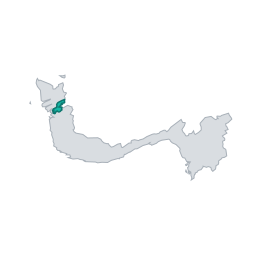 location of Long An within Vietnam, rotated 110°
{"feature_id": "VNM-503", "entity_name": "Long An", "entity_type": "Province", "adm_level": 1, "iso_a3": "VNM", "parent_name": "Vietnam", "parent_adm1": "", "projection": "orthographic", "projection_center": [106.273, 10.719], "detail": "medium", "context": "in_parent", "style": "filled", "palette": "teal", "viewbox_px": 256, "rotation_deg": 110, "n_neighbors": 0, "source": "natural_earth", "source_scale": "10m", "svg_char_len": 5216}
<svg xmlns="http://www.w3.org/2000/svg" viewBox="0 0 256 256"><g transform="rotate(110 128 128)"><path d="M155.2,50.8L153.1,50.9L150.9,52.7L147.9,53.9L147.2,57.0L144.8,58.5L143.6,57.8L141.1,58.5L138.5,57.8L139.4,61.4L136.8,64.3L137.1,66.2L136.3,67.6L131.7,71.7L130.4,71.7L129.3,72.4L127.1,77.2L126.8,81.3L125.8,83.6L124.8,84.6L124.5,85.8L128.0,92.2L130.4,94.8L132.7,96.1L136.1,99.9L135.6,100.9L135.9,103.1L134.2,102.4L134.4,102.7L136.4,103.9L139.3,107.9L144.4,112.3L145.3,114.4L150.2,118.0L150.1,118.4L153.6,121.3L154.0,122.4L156.7,122.3L159.1,125.6L159.9,125.6L160.1,127.0L164.1,132.6L167.4,135.4L169.1,140.7L171.1,144.6L171.1,146.9L174.2,156.6L174.0,157.8L173.4,156.6L173.5,160.3L174.0,162.2L173.9,164.6L176.0,169.1L176.3,174.1L174.8,172.0L173.2,173.4L174.4,177.0L173.1,176.7L173.3,181.4L173.9,183.1L173.7,183.7L173.1,182.5L172.5,184.7L173.1,186.3L172.2,188.0L170.9,188.2L170.3,191.7L168.0,192.1L166.4,193.7L164.3,194.3L160.5,197.4L158.1,198.0L156.8,200.4L154.7,200.7L146.7,205.0L145.8,204.0L144.3,203.6L143.2,201.3L142.4,205.0L141.8,205.2L140.5,204.5L139.4,203.1L137.7,204.1L139.6,204.4L140.1,205.3L139.8,206.4L135.8,206.4L139.4,207.9L140.2,208.9L138.4,210.7L138.4,211.9L137.6,212.5L135.6,211.4L131.3,207.5L136.4,213.1L137.3,215.6L136.0,216.7L134.6,216.8L132.2,215.1L128.4,211.1L127.1,210.5L131.6,216.2L132.2,217.5L131.7,219.0L122.5,223.2L120.0,227.3L117.2,229.7L114.1,230.3L112.4,230.1L114.1,228.0L113.1,227.2L113.5,216.0L114.3,213.1L116.9,211.9L116.9,211.3L116.0,209.6L113.9,208.9L112.9,207.7L111.0,208.1L107.8,204.7L109.7,203.3L113.6,203.1L116.3,200.7L116.0,198.1L116.3,197.8L120.0,198.7L121.3,197.3L126.0,196.7L127.4,198.5L128.5,198.2L130.7,199.4L131.6,199.5L131.2,197.7L131.6,196.1L127.4,192.5L127.4,187.7L128.4,187.5L129.5,186.0L134.9,187.0L135.1,183.4L139.0,182.9L139.8,181.9L142.1,181.6L145.9,178.4L147.5,178.2L148.4,179.0L149.9,177.5L150.6,175.1L149.5,168.2L151.2,162.6L147.5,153.0L147.9,149.6L149.0,148.4L150.2,145.7L150.0,142.6L149.4,141.1L150.4,140.0L151.7,137.2L150.5,135.4L146.7,132.2L145.1,129.7L148.2,127.6L148.2,126.3L141.9,122.0L140.9,119.8L139.4,120.6L138.3,120.1L136.8,117.9L136.2,113.7L135.2,113.0L133.1,110.0L129.6,107.3L125.4,102.8L124.6,101.5L124.0,99.4L122.3,97.0L120.7,96.5L117.8,93.5L117.4,92.3L118.2,90.2L116.2,89.1L112.6,88.0L101.8,81.0L104.1,78.6L103.4,76.3L103.7,75.9L106.7,75.8L111.0,76.8L113.0,74.9L114.0,72.8L115.5,71.3L115.5,70.4L114.5,68.7L112.5,68.7L111.5,66.4L108.2,65.4L110.4,63.9L111.1,62.6L108.1,60.2L104.8,58.5L102.0,59.6L99.7,61.6L98.7,61.8L91.8,59.1L88.7,53.9L90.0,49.8L90.1,48.2L88.7,47.5L88.4,46.5L87.3,48.3L86.3,48.3L85.4,45.1L84.2,44.4L79.7,38.6L81.1,37.4L83.4,34.1L84.2,33.5L88.8,35.8L90.7,37.7L92.7,36.5L92.8,35.8L95.2,33.4L97.3,35.9L99.0,33.3L103.1,36.6L103.7,36.0L104.6,33.7L105.7,33.1L106.6,33.0L107.7,34.3L108.7,34.4L110.7,33.1L112.7,32.8L114.1,31.6L114.6,29.0L115.1,28.5L120.4,25.7L122.5,27.2L123.8,29.4L125.7,30.0L127.6,31.5L129.1,31.3L129.6,30.8L131.5,30.8L133.2,32.4L136.6,31.7L139.7,33.5L138.7,35.4L137.1,36.3L136.7,37.2L136.8,39.4L138.1,40.8L138.2,44.4L139.0,44.1L142.2,45.1L143.4,46.9L144.9,48.0L146.1,48.0L147.1,49.4L148.2,49.0L148.7,49.6L150.9,49.4L152.4,48.8L155.2,50.8ZM102.8,205.0L103.0,207.3L102.2,210.0L101.3,207.1L99.9,205.3L101.8,204.5L102.8,205.0ZM150.4,54.8L148.6,56.5L147.9,56.5L148.8,54.1L150.4,54.8ZM143.0,61.3L142.5,61.3L141.5,60.2L142.0,59.6L143.2,60.0L143.5,60.6L143.0,61.3ZM149.4,58.8L148.7,59.1L147.8,59.1L149.8,57.3L149.4,58.8ZM139.9,58.8L140.7,60.6L139.6,59.7L139.9,58.8ZM145.8,204.3L144.3,205.8L144.2,205.1L145.8,204.3ZM138.4,228.7L137.2,228.7L138.5,227.8L138.4,228.7Z" fill="#d9dde1" stroke="#a8b0b8" stroke-width="1"/><path d="M125.6,196.3L126.0,196.4L126.2,196.6L126.5,197.1L126.9,197.7L127.0,197.9L127.2,198.4L127.3,198.6L127.5,198.8L127.7,199.0L128.0,199.0L128.1,198.9L128.3,198.6L128.4,198.3L128.5,198.0L128.9,198.4L129.0,198.6L129.3,198.9L129.6,199.1L130.0,199.3L130.4,199.4L131.2,199.5L131.5,199.6L131.8,199.9L131.5,198.5L131.1,197.9L131.1,197.6L131.1,197.3L131.1,197.2L131.4,197.0L131.7,197.0L131.8,197.1L132.0,197.1L133.3,196.8L133.4,196.7L133.4,196.4L133.5,196.3L133.9,196.4L134.4,196.9L134.8,197.1L135.4,197.3L135.7,197.5L135.9,197.7L136.2,197.9L136.4,198.2L136.6,198.7L136.6,199.0L136.6,199.4L136.3,199.9L136.2,200.1L136.2,200.3L136.3,200.5L136.6,200.7L137.2,201.0L137.8,201.2L137.9,201.3L138.1,201.5L138.4,201.7L138.6,201.6L138.8,201.4L139.0,201.4L139.1,201.5L139.3,201.6L139.5,201.7L139.6,201.9L139.6,202.2L139.5,202.6L139.6,202.8L139.6,203.0L139.5,203.3L139.3,203.4L138.8,203.5L138.6,203.5L138.5,203.3L138.4,203.3L138.4,203.5L138.5,203.6L138.4,203.7L138.3,203.8L138.1,203.9L138.0,204.2L137.9,204.2L137.7,204.3L137.6,204.2L137.4,203.9L137.4,204.2L137.4,204.4L137.6,204.5L137.8,204.5L137.7,204.6L137.4,204.8L136.8,204.8L136.4,204.7L135.8,204.8L135.6,204.7L135.4,204.5L135.5,204.2L135.4,204.0L135.3,203.9L135.1,203.8L134.7,203.7L134.3,203.5L133.7,202.7L133.3,202.4L133.1,202.4L131.7,202.3L131.4,202.3L131.1,202.5L130.9,202.8L130.7,202.9L130.5,203.0L130.1,203.0L129.4,202.9L128.9,202.8L128.3,202.6L127.6,202.1L124.6,199.3L123.8,198.3L123.6,198.1L123.2,197.8L123.1,197.7L122.9,197.5L122.9,197.3L124.4,197.0L124.7,196.8L124.9,196.6L125.2,196.5L125.6,196.3Z" fill="#14b8a6" stroke="#0f766e" stroke-width="1.5"/></g></svg>